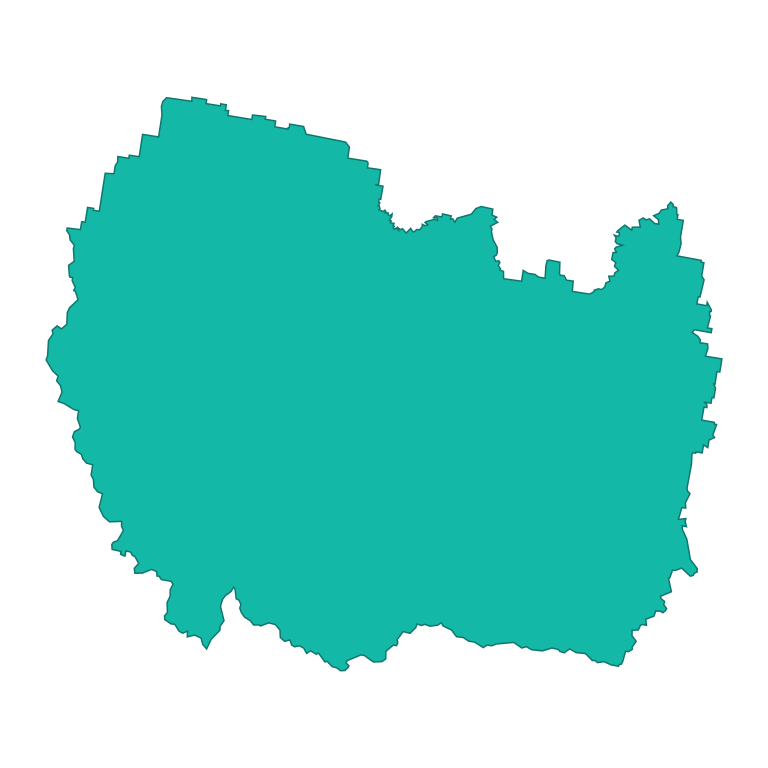 Scenic Rim, Queensland, Australia (Albers equal-area conic projection)
{"feature_id": "25037944B99333709196563", "entity_name": "Scenic Rim", "entity_type": "district", "adm_level": 2, "iso_a3": "AUS", "parent_name": "Australia", "parent_adm1": "Queensland", "projection": "albers", "projection_center": [152.791, -28.04], "detail": "fine", "context": "isolated", "style": "filled", "palette": "teal", "viewbox_px": 768, "rotation_deg": 0, "n_neighbors": 0, "source": "geoboundaries", "source_scale": "gbopen_adm2", "svg_char_len": 6070}
<svg xmlns="http://www.w3.org/2000/svg" viewBox="0 0 768 768"><path d="M619.2,664.4L621.2,664.4L622.8,661.3L625.6,651.2L628.5,651.7L632.3,649.3L632.2,647.0L636.2,641.3L632.0,635.7L632.1,630.2L638.3,630.0L640.5,625.2L642.5,624.5L646.4,625.3L645.8,619.2L653.9,616.2L655.7,611.1L660.1,611.1L662.9,612.7L665.5,610.6L666.6,608.5L663.7,604.7L664.6,601.4L661.3,599.0L660.4,596.3L671.4,591.7L668.5,578.4L669.6,578.1L672.6,570.0L675.0,570.5L681.6,568.1L690.4,576.2L693.3,575.4L694.2,573.3L697.1,572.0L697.2,568.5L690.4,559.6L686.8,539.1L682.4,529.6L682.2,525.8L686.5,526.7L685.1,521.2L685.9,518.6L678.4,519.4L681.8,507.6L685.7,508.1L685.4,502.8L690.0,493.6L687.6,491.2L687.0,488.4L691.5,464.0L691.9,454.5L693.1,452.6L695.7,453.3L695.9,451.9L702.2,452.9L703.5,445.0L707.8,447.6L709.0,440.1L714.6,437.5L712.8,435.1L716.6,424.5L714.3,424.1L714.3,422.3L701.7,420.1L704.0,407.1L706.9,407.6L707.1,406.4L706.5,403.7L703.9,402.1L711.0,403.2L712.0,397.5L713.9,397.8L715.5,388.2L713.8,384.0L715.0,384.1L716.9,371.7L719.8,372.0L721.9,358.9L705.4,356.2L707.9,348.7L707.6,343.9L699.9,342.7L700.4,339.9L697.8,336.3L692.2,332.5L694.4,329.7L711.2,332.7L711.9,328.7L707.4,327.9L710.5,316.0L709.5,315.5L709.8,312.0L708.6,311.8L711.2,311.4L711.4,310.0L707.2,302.3L706.7,305.7L696.9,303.9L698.2,296.7L700.0,297.0L704.1,279.8L701.7,276.2L703.9,262.7L701.0,262.2L701.3,260.4L676.7,255.8L678.8,252.6L681.1,243.6L680.5,237.0L683.3,220.4L677.2,219.4L677.9,214.6L676.8,214.4L676.6,207.7L673.0,206.5L673.2,204.5L670.8,202.1L667.6,205.8L667.8,208.8L661.2,210.1L659.3,213.2L653.6,215.7L658.3,219.5L658.8,224.1L654.8,223.6L649.5,218.8L646.2,220.0L643.2,217.9L639.0,220.3L640.3,227.1L632.3,227.2L631.7,230.2L624.9,225.1L617.6,230.8L616.8,232.1L619.3,232.6L619.3,235.1L618.2,236.4L614.4,235.2L616.1,237.8L615.3,241.7L617.1,243.7L622.6,245.2L616.0,247.2L614.6,248.9L616.4,252.4L613.1,252.5L611.7,259.5L615.8,262.5L614.5,266.4L618.5,270.2L614.9,272.8L613.9,276.1L608.8,276.2L609.9,281.2L606.0,282.8L604.7,287.1L601.6,289.6L598.5,288.8L594.3,290.1L594.0,291.6L589.7,294.1L572.3,291.4L573.2,281.1L566.5,280.2L564.2,275.6L560.4,275.3L559.5,273.8L559.9,262.2L548.9,260.0L547.2,260.6L545.9,265.6L545.1,278.2L538.6,277.1L534.9,274.4L527.9,273.3L523.2,270.4L521.6,281.2L503.6,278.7L503.5,271.4L499.9,270.1L500.4,268.7L498.3,265.4L499.9,262.5L498.8,260.8L495.5,261.2L493.8,256.6L496.2,255.3L497.3,252.8L497.2,247.4L493.1,239.7L491.4,231.7L492.0,229.1L490.3,226.2L497.7,222.3L494.2,219.4L496.8,217.2L492.1,215.1L492.8,209.1L481.2,206.5L475.9,208.6L471.3,214.2L457.3,218.1L454.9,222.2L452.7,218.8L450.4,219.2L451.2,215.9L442.6,213.9L441.8,217.0L435.4,215.8L433.6,217.6L437.2,217.9L437.5,220.4L434.6,219.3L425.9,221.7L425.0,222.5L427.9,224.8L425.0,225.7L422.3,224.3L422.3,226.5L419.8,229.7L416.7,229.5L414.4,231.7L412.8,231.7L410.7,228.4L406.1,233.0L402.5,228.7L400.4,229.6L397.9,227.6L398.4,230.0L396.3,228.0L394.4,229.3L393.2,227.7L394.3,226.3L393.2,225.4L394.0,223.4L390.3,222.7L391.2,220.9L389.3,220.1L391.7,216.9L392.1,213.9L389.8,215.9L387.9,214.3L388.2,213.0L385.1,212.7L385.9,211.7L384.9,210.2L383.0,211.5L378.9,209.7L380.0,208.5L379.1,205.6L378.1,205.8L379.8,202.9L378.7,202.1L379.1,199.1L380.7,199.3L383.0,186.2L375.3,184.8L378.6,184.3L380.6,169.7L367.4,167.8L368.1,163.0L366.8,161.2L347.8,158.1L349.4,147.1L345.6,142.1L306.1,134.2L303.6,126.5L289.6,124.1L289.4,127.4L287.7,128.1L288.0,129.1L274.8,126.8L275.6,121.0L265.2,119.2L265.7,116.5L252.5,115.0L251.8,119.5L227.8,115.5L228.6,110.6L225.4,110.4L226.3,104.8L220.7,103.8L220.4,105.9L206.0,103.6L206.6,99.6L191.9,97.3L191.8,101.3L166.6,97.7L162.9,101.4L161.4,106.6L162.0,114.9L158.6,136.9L142.6,134.4L139.2,156.7L129.3,155.2L128.8,158.3L117.9,156.5L117.7,161.9L115.2,165.9L114.0,173.7L105.2,173.3L99.3,211.2L93.4,210.3L93.7,208.4L87.6,207.4L85.2,222.2L81.7,221.7L80.4,229.6L67.2,228.0L66.7,230.6L69.5,234.7L70.1,239.9L74.4,245.4L73.4,248.7L74.2,261.3L68.6,265.3L69.4,275.9L69.9,277.1L72.6,277.5L72.2,280.8L75.3,287.4L73.7,290.5L75.5,291.5L78.0,299.7L69.5,307.8L67.3,312.6L66.8,324.2L61.5,328.9L57.1,325.9L52.2,330.1L53.0,333.9L48.5,340.5L47.6,355.8L46.1,359.9L52.5,370.8L58.2,376.2L56.6,380.8L60.6,385.8L62.0,392.2L58.1,401.5L64.0,403.5L74.2,409.7L78.6,410.6L77.4,418.5L80.4,427.2L79.3,429.1L74.4,431.7L72.5,437.0L75.2,442.5L75.0,449.2L76.9,451.8L81.3,454.3L82.9,459.0L86.5,463.1L92.7,464.8L91.1,475.1L93.4,479.4L93.9,487.2L97.5,491.7L102.5,493.9L99.1,507.4L103.4,516.4L109.5,521.8L121.6,521.4L121.5,526.1L123.4,530.5L117.5,540.7L113.3,542.2L111.8,544.5L112.1,549.4L120.9,551.4L120.6,554.3L124.2,556.0L125.2,555.8L125.9,550.9L130.6,552.0L132.3,555.3L135.0,556.6L138.7,563.5L134.3,568.3L134.8,573.2L142.3,573.1L151.7,569.4L156.8,571.7L157.0,576.1L159.1,576.2L161.4,579.6L171.0,581.3L173.0,584.1L170.2,589.8L170.1,596.3L167.1,602.5L167.4,612.5L164.5,615.9L164.8,619.6L170.8,623.8L174.9,624.4L179.0,631.1L181.3,632.5L182.9,633.2L187.5,631.1L187.3,636.9L194.6,635.1L201.0,638.0L202.8,644.5L206.6,649.0L211.1,639.4L219.9,630.3L220.1,626.3L224.0,620.7L220.5,606.5L222.3,599.8L225.1,595.9L230.9,591.6L233.6,587.2L235.1,589.3L236.2,598.8L238.9,600.1L240.9,604.4L239.8,608.2L241.4,612.7L244.8,617.4L250.2,620.6L253.6,625.0L259.1,624.9L260.4,626.0L268.7,622.9L275.3,624.5L280.0,630.1L280.3,637.5L284.6,641.3L290.0,640.0L291.6,645.0L294.7,646.8L299.5,645.8L303.8,648.2L306.6,653.4L310.6,650.8L316.1,654.2L318.6,653.2L324.9,661.9L327.2,661.4L332.1,666.6L336.9,667.9L340.4,670.7L345.0,670.5L348.2,667.4L348.9,665.8L346.0,662.9L347.3,660.6L361.0,654.9L364.4,655.5L373.4,662.0L381.9,661.6L385.7,659.0L385.9,651.4L393.1,645.2L396.6,645.6L397.8,642.7L397.1,639.7L403.1,631.6L410.0,633.3L415.6,627.8L417.2,624.0L421.3,625.5L425.1,624.3L429.9,626.2L437.5,625.2L441.3,622.8L443.1,626.0L451.5,630.0L456.5,636.7L463.2,637.5L468.6,641.1L474.8,642.2L483.3,647.6L487.1,645.0L491.8,645.8L496.2,644.0L513.7,642.4L521.8,648.0L526.6,646.7L531.5,649.7L542.4,650.9L551.9,648.0L558.3,649.5L560.0,651.5L564.3,652.8L569.6,648.9L576.1,652.6L585.5,653.6L592.4,660.6L595.0,660.4L597.4,662.6L604.1,661.7L611.2,664.9L618.5,666.3L619.2,664.4Z" fill="#14b8a6" stroke="#0f766e" stroke-width="1.5"/></svg>